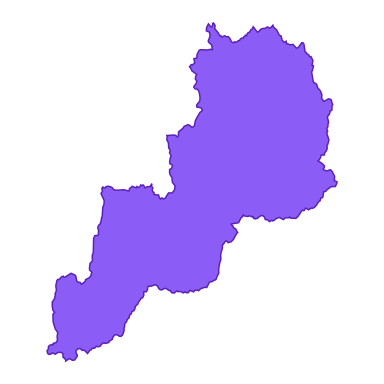 General Sanchez Cerro, Moquegua, Peru (Equal Earth projection)
{"feature_id": "86281439B84975100544654", "entity_name": "General Sanchez Cerro", "entity_type": "district", "adm_level": 2, "iso_a3": "PER", "parent_name": "Peru", "parent_adm1": "Moquegua", "projection": "equal_earth", "projection_center": [-70.895, -16.478], "detail": "fine", "context": "isolated", "style": "filled", "palette": "violet", "viewbox_px": 384, "rotation_deg": 0, "n_neighbors": 0, "source": "geoboundaries", "source_scale": "gbopen_adm2", "svg_char_len": 5916}
<svg xmlns="http://www.w3.org/2000/svg" viewBox="0 0 384 384"><path d="M56.9,280.6L55.8,285.9L56.3,289.0L56.2,291.2L55.1,293.7L55.3,295.4L54.2,299.3L52.3,301.9L52.2,305.7L52.8,309.9L54.6,312.5L53.4,313.6L52.9,314.9L53.2,322.1L55.2,328.8L57.8,332.7L57.1,336.1L57.4,340.1L57.0,341.2L55.7,342.8L53.2,343.3L53.1,344.8L51.4,344.7L49.5,345.4L48.4,346.7L48.4,348.9L47.0,350.9L47.6,353.3L48.7,354.4L50.9,354.1L52.3,352.8L55.3,354.2L58.2,352.3L61.8,352.5L63.0,354.3L63.0,357.1L65.1,359.0L65.8,360.1L65.7,361.0L69.1,358.8L70.4,359.0L72.3,360.3L74.7,360.0L77.3,356.2L77.2,354.9L76.0,352.6L76.1,350.4L78.3,348.8L80.2,348.5L82.2,350.4L83.7,350.1L85.2,351.0L87.5,353.5L90.1,350.1L91.2,349.8L92.0,348.4L94.6,348.1L96.4,346.3L98.1,346.8L99.9,346.4L101.7,344.1L103.4,342.9L105.7,343.4L108.8,342.5L109.4,341.1L112.3,339.3L112.6,337.6L114.8,334.8L116.7,334.7L119.6,336.3L121.1,336.3L122.3,335.3L123.0,334.1L124.2,330.1L123.8,329.1L124.6,326.6L124.7,323.9L126.6,321.6L127.0,320.1L128.0,318.7L129.0,318.0L129.6,315.1L131.1,314.0L132.0,311.5L134.1,310.6L135.1,308.2L135.2,306.5L137.8,304.1L138.2,302.7L141.1,298.4L142.7,297.7L143.9,295.0L143.6,293.3L144.0,291.7L146.4,291.7L147.5,289.5L147.8,286.9L148.2,286.4L151.9,286.0L154.9,284.7L157.3,285.8L158.9,288.7L159.8,289.5L161.4,290.0L165.0,288.3L166.3,288.6L169.0,290.5L170.3,290.4L170.6,291.4L171.9,292.8L174.5,293.0L175.4,291.8L177.1,291.0L178.1,291.7L180.6,291.5L183.3,292.9L185.1,291.8L186.0,292.6L188.1,292.8L190.0,290.4L193.7,291.9L194.7,290.3L197.3,290.1L198.7,290.7L200.6,288.7L204.8,287.3L206.8,287.5L209.4,282.2L212.7,281.4L213.6,280.4L215.2,280.0L216.2,279.1L217.0,276.5L218.7,273.4L218.7,268.6L219.8,262.5L220.8,259.7L220.7,254.0L222.4,248.2L222.5,244.6L223.3,244.3L225.3,241.4L226.6,240.8L228.1,242.7L231.1,241.8L233.3,239.6L236.8,233.2L237.7,232.6L235.5,228.7L233.5,227.7L232.7,225.7L231.5,225.1L231.5,223.9L238.6,222.7L240.9,218.0L242.4,216.8L243.3,215.0L243.8,215.8L247.7,216.5L249.9,215.8L251.4,216.7L252.5,216.5L252.8,217.2L253.6,217.2L253.8,218.4L255.1,218.9L257.8,218.2L259.0,216.8L261.0,215.7L262.7,215.6L264.4,217.0L265.3,219.6L267.7,219.8L269.4,221.6L271.8,220.3L272.8,220.9L274.1,220.4L275.5,219.0L279.0,217.4L283.5,219.6L285.2,217.8L288.6,217.8L289.6,217.0L290.5,218.1L295.9,218.4L296.7,217.3L297.6,217.0L302.1,210.4L304.0,210.6L305.7,208.1L308.7,209.8L311.1,208.1L312.5,208.3L314.4,207.4L316.5,205.1L318.5,201.8L320.1,200.8L320.7,198.3L322.6,197.5L323.1,196.1L323.6,191.9L325.8,191.3L327.0,189.8L331.1,186.7L335.4,186.5L336.9,183.0L337.0,181.7L334.4,180.7L334.6,176.4L332.3,171.7L330.4,169.7L326.4,171.1L323.4,169.4L323.2,169.0L324.3,167.4L324.5,165.9L321.8,163.2L318.0,160.9L319.3,159.7L320.7,157.2L321.0,155.2L324.5,154.9L324.5,153.1L326.5,150.6L327.2,148.3L327.0,145.4L327.7,144.6L328.9,139.8L327.0,134.0L326.9,132.6L327.7,131.3L326.7,129.1L327.9,126.5L328.0,124.0L328.6,122.1L327.4,117.4L328.2,115.3L328.9,115.0L329.6,113.7L330.1,111.1L331.6,110.4L332.0,109.3L331.9,106.6L332.7,104.5L331.7,102.2L331.5,100.3L330.8,99.4L328.6,98.8L323.9,101.4L321.6,98.4L321.9,94.9L320.5,91.0L317.6,87.6L316.6,84.1L313.8,82.4L313.2,81.3L311.6,71.8L312.3,70.8L313.4,66.5L313.4,65.7L312.0,65.4L312.9,60.5L310.9,56.5L309.6,56.7L308.6,54.7L306.8,53.8L306.2,52.4L305.1,52.0L303.9,44.0L302.9,42.7L301.8,42.7L298.5,47.2L297.2,48.1L296.2,47.9L293.0,44.4L289.9,44.8L288.0,43.9L286.8,44.0L286.1,41.2L284.2,42.4L282.1,40.1L281.1,36.0L279.3,35.2L276.7,30.0L273.6,27.2L272.9,25.2L271.1,27.4L269.2,28.1L268.2,27.2L267.1,27.0L265.4,28.3L262.6,28.5L260.5,29.4L259.1,31.2L257.4,32.2L253.4,27.0L253.3,27.8L252.6,27.7L252.2,29.0L250.8,29.9L249.5,32.3L248.3,32.5L247.3,33.7L246.5,35.6L245.3,35.2L244.7,36.5L243.7,36.9L243.1,38.2L241.7,38.1L240.5,38.9L239.5,40.4L238.2,40.7L237.2,41.8L235.4,42.4L234.9,41.8L233.0,42.7L231.3,41.6L230.2,38.9L228.2,36.6L226.3,36.7L224.4,35.7L222.2,37.1L221.4,36.9L220.8,35.5L219.5,35.6L218.4,33.1L214.7,28.6L215.1,25.5L213.5,23.0L212.7,23.4L212.4,26.0L211.6,27.1L210.7,26.6L208.4,23.9L206.6,27.5L206.3,30.9L209.3,32.1L210.0,34.4L210.0,36.2L208.2,41.2L208.8,42.4L211.6,44.9L212.4,49.7L210.3,49.3L207.5,50.0L201.1,49.7L199.3,50.1L197.0,54.6L196.8,58.1L193.9,58.6L194.7,63.0L192.2,65.1L191.6,64.6L190.9,65.0L189.5,66.9L190.9,68.4L191.9,70.9L196.7,74.4L195.6,76.5L195.4,78.7L195.5,79.4L196.6,80.7L196.5,83.0L194.0,86.3L193.8,87.2L194.9,88.7L196.9,89.2L198.4,90.3L199.4,93.3L200.0,97.4L199.9,100.3L198.8,102.3L196.8,104.7L196.7,106.8L197.3,107.4L198.5,107.2L201.5,108.3L202.3,110.6L200.0,112.4L196.6,118.2L195.4,120.6L194.3,125.9L193.2,126.9L191.5,127.1L190.0,125.6L188.1,124.6L184.5,126.2L183.6,127.0L183.2,128.0L178.6,131.8L178.3,135.6L177.5,137.0L175.6,135.4L174.2,135.0L166.8,135.5L167.2,136.7L166.8,139.9L168.4,142.8L168.7,148.0L170.2,150.2L169.5,152.9L171.1,155.6L170.2,158.2L169.6,162.8L170.0,163.8L172.1,164.9L172.5,165.7L171.4,168.6L169.7,169.4L169.5,172.0L170.0,174.5L172.2,178.1L172.0,179.5L172.5,182.4L175.1,186.0L174.4,190.2L172.0,193.0L168.5,192.9L165.1,198.3L163.2,198.9L161.9,197.9L160.3,199.0L159.4,197.7L158.6,195.0L154.1,194.6L154.0,192.5L152.7,191.7L152.2,189.2L152.9,188.0L151.5,186.1L151.9,184.3L151.6,184.1L149.9,186.7L147.2,186.6L145.2,187.9L144.6,187.5L143.9,185.6L142.9,184.9L142.1,185.6L140.6,185.0L140.0,186.8L138.6,187.4L137.0,186.4L136.3,187.9L132.2,186.3L129.5,188.6L129.2,190.7L128.5,191.0L123.9,189.7L117.7,190.2L114.1,189.9L111.8,187.3L108.6,186.2L106.0,186.6L105.4,187.7L104.3,188.0L102.8,187.0L101.8,188.6L102.5,191.2L101.0,193.5L104.2,200.6L104.0,204.3L102.8,207.2L102.2,216.3L101.6,217.7L101.1,221.0L100.2,223.8L98.5,225.5L97.7,228.0L98.6,230.1L98.3,234.8L97.8,235.4L94.8,235.6L93.6,238.4L93.3,252.5L92.2,255.6L92.4,260.7L90.0,263.5L89.4,268.8L89.8,270.3L91.9,272.2L91.1,274.3L91.1,275.6L89.2,277.7L85.5,279.7L85.2,281.4L81.6,284.3L80.2,282.5L77.8,282.0L76.7,280.9L75.8,276.1L75.1,275.1L71.0,273.3L64.8,277.2L63.8,277.2L63.2,276.2L61.6,276.8L59.0,279.6L57.7,279.4L56.9,280.6Z" fill="#8b5cf6" stroke="#5b21b6" stroke-width="1.5"/></svg>